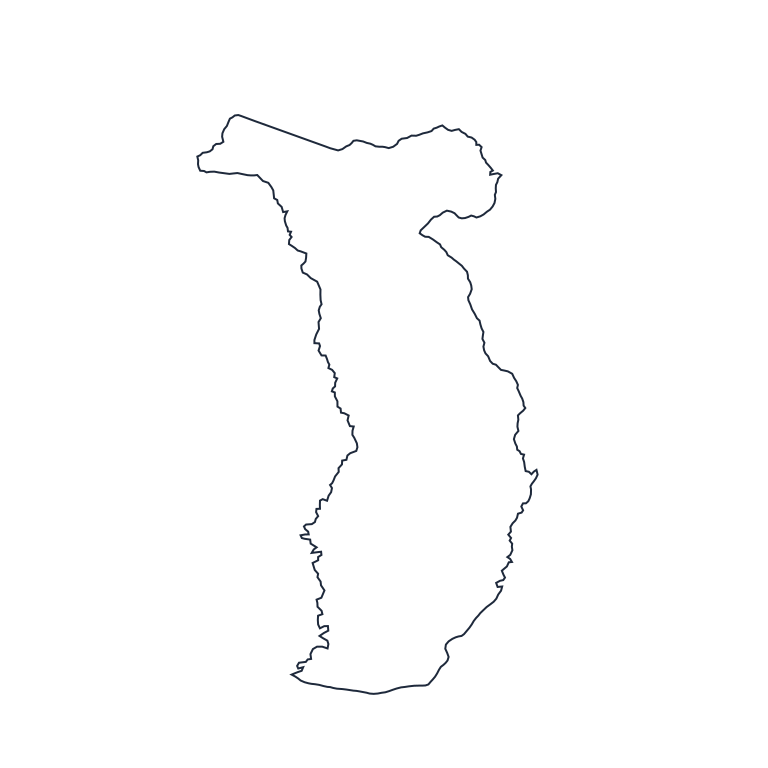 the district of Bom Jesus do Tocantins, Tocantins, Brazil, rotated 253°
{"feature_id": "56859067B75355152775274", "entity_name": "Bom Jesus do Tocantins", "entity_type": "district", "adm_level": 2, "iso_a3": "BRA", "parent_name": "Brazil", "parent_adm1": "Tocantins", "projection": "mercator", "projection_center": [-47.87, -9.003], "detail": "fine", "context": "isolated", "style": "outline", "palette": "slate", "viewbox_px": 768, "rotation_deg": 253, "n_neighbors": 0, "source": "geoboundaries", "source_scale": "gbopen_adm2", "svg_char_len": 6030}
<svg xmlns="http://www.w3.org/2000/svg" viewBox="0 0 768 768"><g transform="rotate(253 384 384)"><path d="M684.4,319.8L683.3,317.0L682.8,314.2L680.2,312.0L676.7,309.2L674.4,305.7L671.0,302.8L667.8,301.5L662.6,301.2L661.6,297.6L662.6,293.7L661.3,290.3L658.6,288.6L657.4,285.4L657.4,282.3L658.1,278.2L656.5,275.1L656.1,272.0L652.2,271.7L648.6,270.4L645.7,270.1L641.7,270.6L640.3,274.2L638.3,276.1L637.8,279.7L636.7,283.8L634.5,288.0L630.1,297.6L629.4,301.4L628.6,305.5L626.1,310.0L623.6,314.6L622.4,317.7L621.5,320.6L620.9,323.9L613.5,327.6L610.2,332.2L605.2,333.9L601.5,334.7L597.3,333.9L593.7,333.2L591.2,335.7L587.7,335.3L583.3,337.9L577.9,337.8L577.4,342.0L574.4,339.2L571.6,337.4L568.7,336.8L564.2,336.8L561.5,337.4L558.0,336.8L556.8,339.6L554.2,337.4L551.6,338.6L549.4,335.5L545.6,334.0L543.2,336.1L540.1,338.6L536.9,340.5L535.2,343.1L531.5,347.9L527.5,346.4L524.1,344.7L522.7,342.3L521.5,339.6L518.6,338.8L514.3,338.9L511.3,342.4L506.7,344.9L504.4,347.1L501.4,350.0L493.0,350.9L488.1,349.3L482.7,347.9L478.5,347.6L476.6,345.2L473.5,343.1L469.9,342.7L465.4,342.8L462.4,339.5L455.7,338.0L451.2,333.7L446.4,330.3L443.4,329.4L441.8,333.8L439.0,333.9L435.1,331.2L429.6,332.6L428.3,336.5L424.5,336.8L421.4,336.8L418.5,337.4L415.5,335.5L412.7,338.5L408.8,340.1L405.1,338.4L403.0,340.9L399.5,337.7L396.0,336.5L394.7,333.7L392.2,332.0L390.3,334.5L386.5,333.4L381.1,334.4L376.0,332.9L373.2,335.3L369.2,334.5L367.6,337.5L364.2,341.0L359.9,338.5L353.7,339.1L352.2,342.6L348.5,340.2L344.6,338.9L341.4,339.8L335.2,340.7L331.3,340.1L328.1,337.9L327.7,331.5L326.3,328.1L322.5,325.9L323.0,321.6L319.4,320.3L316.8,315.9L313.2,315.0L309.9,310.2L306.5,307.5L304.3,305.4L303.2,302.9L299.7,303.8L296.0,301.8L293.4,298.4L289.0,295.4L291.8,291.7L291.2,288.7L287.1,287.3L283.4,286.3L284.3,282.9L281.3,281.6L276.9,282.4L274.9,279.3L272.2,277.6L271.1,274.0L272.4,268.4L271.2,265.8L268.2,266.2L265.0,268.3L262.2,268.0L263.2,264.4L263.7,260.0L260.7,260.4L259.2,262.8L256.8,267.9L252.8,267.2L247.5,271.8L246.3,268.4L243.6,265.5L242.0,274.8L238.8,274.2L237.8,270.4L234.7,269.5L233.7,263.4L226.4,263.4L221.8,265.5L218.7,263.9L213.6,265.6L209.9,264.9L204.0,266.7L197.9,261.6L197.5,256.5L194.2,256.3L190.4,255.3L185.4,258.0L181.9,257.8L181.7,253.2L177.6,251.7L173.3,250.7L169.1,251.3L169.9,256.0L168.9,259.6L164.4,258.6L163.5,253.8L161.9,248.7L158.7,251.4L155.1,254.8L151.6,254.8L147.6,252.7L150.9,248.1L152.4,243.2L151.3,238.5L147.2,234.7L142.4,233.9L142.9,230.5L141.1,228.0L142.3,221.2L139.8,218.5L137.0,218.8L136.8,223.9L133.8,221.4L133.7,217.6L133.5,214.9L133.1,210.7L130.2,213.6L127.5,215.8L124.8,217.6L122.0,220.9L119.8,224.4L118.5,226.9L117.1,230.2L115.2,234.1L112.8,237.9L110.9,241.3L109.9,243.9L108.2,246.5L106.4,249.9L104.4,255.1L102.7,258.9L101.1,262.2L99.7,265.1L98.6,267.9L97.1,270.9L93.8,277.2L92.2,279.7L90.7,283.5L89.8,287.6L89.4,291.5L88.8,295.1L88.8,299.0L89.0,302.9L89.1,306.9L88.9,311.6L88.2,315.3L87.6,319.4L86.6,324.7L85.3,329.4L84.3,332.7L83.6,335.5L83.7,338.6L85.7,341.7L87.1,344.1L89.1,347.2L91.7,350.2L94.6,353.0L96.9,355.7L98.0,358.7L99.3,361.4L101.0,363.9L104.1,366.0L108.3,365.8L112.9,365.2L116.7,367.0L119.0,370.6L120.3,374.9L120.8,378.5L120.8,381.4L120.4,384.5L121.4,387.4L123.6,390.8L126.0,394.5L128.5,397.7L131.2,400.6L133.3,403.6L135.0,406.6L136.7,409.0L138.6,412.7L140.7,416.9L142.2,421.2L143.7,425.2L145.9,428.7L149.3,431.7L152.1,435.5L155.8,437.8L156.7,433.3L161.0,433.1L161.9,437.4L161.6,440.7L163.5,443.1L166.7,442.5L171.0,442.1L172.3,445.1L173.6,448.2L177.0,451.2L176.4,454.3L179.8,453.5L182.4,451.4L183.7,454.8L187.5,458.2L191.1,458.7L193.8,459.9L197.5,458.4L199.6,460.5L203.6,458.8L205.7,462.2L210.4,463.1L213.2,466.3L215.0,469.7L217.2,472.1L220.8,474.2L220.8,478.0L222.5,480.1L226.7,479.5L229.2,482.0L228.4,484.9L229.7,487.7L232.0,489.8L235.5,492.2L240.2,493.8L243.3,494.1L245.4,496.3L247.0,498.6L249.4,501.7L252.4,504.4L257.3,504.7L256.4,501.7L254.6,498.6L257.7,496.9L259.3,494.0L263.7,494.4L268.4,495.2L272.2,495.1L275.5,497.3L277.1,494.5L280.1,494.0L282.2,492.2L285.4,492.8L288.7,492.2L293.3,492.1L297.1,494.6L299.8,498.8L304.1,499.1L307.4,500.3L310.5,502.0L314.8,502.9L316.2,505.5L317.8,509.3L319.7,512.1L322.5,511.2L325.9,512.0L329.6,511.9L332.9,511.2L337.8,510.7L341.2,510.2L344.0,511.8L348.0,511.3L351.8,510.2L356.3,509.6L359.9,506.1L361.8,502.8L363.3,500.0L366.5,498.3L369.7,496.7L371.6,493.9L375.0,492.2L380.1,491.7L383.6,490.0L386.9,489.6L390.7,490.0L394.1,492.1L398.3,491.3L401.4,492.7L404.7,494.3L408.6,493.6L412.8,493.6L416.7,493.9L419.7,492.1L424.5,491.3L429.6,490.0L434.9,489.8L439.4,489.2L442.5,489.8L445.1,492.7L449.0,495.6L452.6,496.2L456.1,496.2L460.2,495.1L463.5,496.0L467.1,496.2L471.1,494.2L474.3,493.0L477.2,491.0L480.3,488.9L482.5,487.2L485.1,485.6L488.5,482.6L491.9,482.2L494.7,480.9L498.1,478.7L501.1,478.4L504.0,476.0L508.0,473.0L511.6,469.8L512.8,466.4L515.0,464.3L517.7,462.2L520.2,464.0L524.7,473.0L527.5,477.0L529.3,480.8L528.6,483.9L529.1,486.7L530.7,490.3L531.4,494.8L529.2,498.7L526.7,501.4L524.1,502.7L521.4,504.1L519.7,506.8L519.0,510.0L519.1,513.7L519.6,516.6L518.1,519.0L516.2,521.1L516.2,525.1L517.0,528.8L518.7,532.9L519.7,536.3L522.0,539.8L524.8,542.6L528.5,544.6L532.5,545.3L534.8,547.2L538.5,548.1L541.7,549.3L543.9,551.4L547.0,553.2L549.4,557.3L552.3,554.4L552.8,549.9L553.1,546.7L555.7,547.7L556.3,550.5L559.5,549.3L562.9,547.8L565.9,546.3L568.6,546.3L571.7,544.5L575.1,544.5L579.0,544.5L582.0,546.6L585.0,544.9L585.7,542.2L588.4,543.0L591.1,542.1L594.1,539.8L596.1,536.4L599.4,535.0L602.4,531.9L605.8,530.1L606.2,526.3L606.3,522.7L608.3,519.6L611.3,517.3L614.2,515.4L614.1,512.1L613.7,509.3L613.7,506.2L612.0,503.4L611.9,499.2L612.3,494.5L612.0,490.4L612.0,487.4L613.5,482.9L612.5,478.0L613.4,472.6L612.3,469.1L609.8,466.7L608.2,462.2L608.2,457.5L610.2,454.3L611.4,451.8L612.3,448.8L613.8,445.3L616.0,443.3L617.8,441.2L619.6,438.0L622.0,435.0L623.4,432.3L625.0,429.2L625.5,425.9L623.8,423.4L622.6,420.9L622.3,417.4L620.8,412.9L620.8,408.4L625.2,401.5L628.4,397.3L673.1,337.5L682.1,325.7L683.8,323.3L684.4,319.8Z" fill="none" stroke="#1e293b" stroke-width="2"/></g></svg>